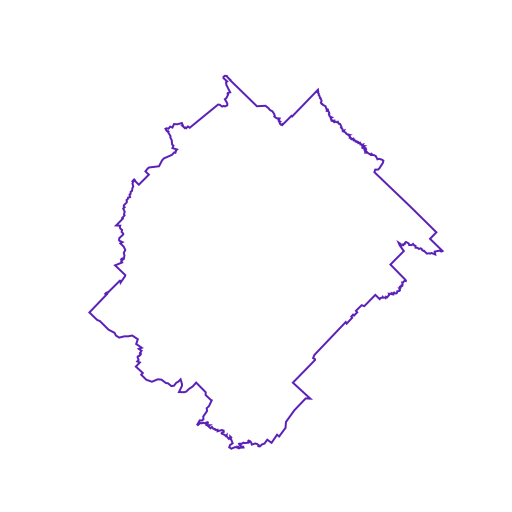 Moorabool, Victoria, Australia (Albers equal-area conic projection), rotated 306°
{"feature_id": "25037944B6902911043133", "entity_name": "Moorabool", "entity_type": "district", "adm_level": 2, "iso_a3": "AUS", "parent_name": "Australia", "parent_adm1": "Victoria", "projection": "albers", "projection_center": [144.318, -37.633], "detail": "fine", "context": "isolated", "style": "outline", "palette": "violet", "viewbox_px": 512, "rotation_deg": 306, "n_neighbors": 0, "source": "geoboundaries", "source_scale": "gbopen_adm2", "svg_char_len": 6084}
<svg xmlns="http://www.w3.org/2000/svg" viewBox="0 0 512 512"><g transform="rotate(306 256 256)"><path d="M85.1,308.4L86.8,308.8L87.1,307.6L87.6,307.7L88.8,310.5L90.0,311.1L90.3,312.5L93.1,314.5L92.9,315.1L91.5,315.5L91.3,314.9L90.2,314.9L90.0,315.3L91.8,317.9L90.3,317.3L89.9,320.4L91.8,320.7L91.1,323.1L91.9,324.4L91.4,325.4L92.8,327.0L91.6,327.9L95.1,330.6L95.7,332.4L94.8,333.3L93.1,332.3L92.4,332.3L92.2,333.1L92.9,335.9L92.6,337.3L93.9,337.5L92.9,338.1L92.1,341.5L94.0,341.8L94.8,341.2L94.6,342.7L92.9,342.8L92.7,344.3L90.7,347.2L87.8,346.1L85.5,346.8L85.6,349.3L89.2,351.5L90.0,353.6L90.8,353.0L91.2,353.9L90.3,354.6L90.3,355.2L91.7,356.0L93.7,358.4L94.2,357.6L93.4,356.8L93.3,354.3L94.1,352.7L94.8,353.3L95.2,354.6L97.5,355.4L97.7,356.4L100.6,359.7L101.2,359.9L101.7,358.5L102.3,358.5L102.7,360.0L102.3,361.6L101.0,363.5L103.9,365.6L104.6,367.7L104.5,369.4L103.6,369.6L103.7,370.2L104.3,371.1L107.1,371.6L109.2,373.1L114.0,373.1L114.0,378.4L123.8,378.1L123.6,380.8L134.3,380.9L139.4,377.8L153.7,377.7L170.0,379.9L172.5,383.8L175.2,360.3L206.7,364.9L207.2,364.3L207.0,362.2L210.3,361.4L255.3,367.4L254.6,369.1L262.5,370.1L263.0,368.7L265.6,369.0L265.4,370.3L269.9,371.0L270.4,369.1L278.3,370.4L279.1,373.1L294.7,375.4L293.8,381.4L295.1,381.4L296.7,382.7L297.3,382.6L297.0,383.4L298.3,384.8L298.2,385.5L299.4,385.2L299.4,386.3L302.6,386.6L303.3,385.9L303.4,386.6L304.3,386.6L305.1,388.6L305.5,388.2L305.5,388.8L306.4,388.8L306.3,389.3L307.0,388.9L307.7,389.3L307.4,390.3L308.3,391.6L309.2,391.7L310.4,391.0L312.0,392.5L312.8,392.6L313.2,391.8L314.3,391.8L314.3,390.8L314.8,391.1L315.7,390.5L316.1,390.9L315.7,391.2L317.3,391.7L318.1,391.4L317.6,390.9L318.4,390.9L318.5,390.5L318.5,391.7L319.2,391.5L319.5,391.9L319.3,391.2L320.5,389.8L321.0,390.4L323.3,390.8L323.7,391.9L324.3,391.7L324.6,390.5L328.1,369.8L346.9,372.7L349.1,366.0L350.6,363.5L350.7,365.8L349.7,366.2L350.2,367.6L351.3,368.8L352.0,368.2L353.2,369.3L354.2,368.8L355.5,369.1L355.9,372.2L354.9,373.5L356.2,375.4L358.1,376.0L357.5,377.6L358.0,379.0L356.5,380.2L357.5,381.8L357.5,383.7L359.0,384.7L359.1,385.9L358.5,386.6L358.5,388.4L359.0,388.7L358.4,392.8L359.9,394.4L360.3,395.5L361.6,396.2L362.6,400.1L364.6,398.0L368.5,401.6L368.3,402.4L368.7,403.5L369.7,404.0L372.2,386.7L381.2,388.0L386.8,351.0L393.4,302.5L396.0,301.7L397.6,303.9L399.2,304.3L405.9,303.9L408.0,303.0L408.0,301.5L407.0,298.5L405.6,297.4L407.3,294.0L406.8,291.8L405.6,290.1L406.5,289.7L406.5,289.1L405.3,288.9L405.1,285.7L404.4,284.5L405.3,284.8L405.4,284.3L404.3,283.2L406.0,281.4L406.6,282.6L407.0,282.5L407.6,281.4L406.3,280.8L407.7,279.8L406.4,279.5L406.0,278.5L407.4,277.6L408.5,278.4L408.0,277.2L409.0,277.0L407.9,276.2L408.2,275.4L407.7,274.9L408.7,273.7L407.9,273.2L408.2,272.3L407.6,272.1L408.1,271.4L407.4,270.3L407.9,270.0L407.3,269.2L407.7,268.6L407.0,267.2L407.8,266.9L407.5,266.3L408.1,265.7L406.7,264.9L406.6,264.1L407.2,263.8L407.3,262.8L406.8,262.3L407.9,261.7L408.1,259.7L408.9,260.3L407.9,257.6L408.5,256.2L408.3,253.7L409.3,253.5L408.1,252.7L409.4,251.5L409.9,249.3L410.6,249.4L412.2,246.5L411.7,245.6L412.5,243.8L412.0,243.9L411.6,241.8L410.5,240.9L411.4,240.0L410.4,239.7L410.8,238.5L410.0,238.3L409.8,237.7L411.4,235.4L412.7,236.0L412.3,233.6L413.5,231.6L414.1,231.8L414.9,231.0L415.7,229.4L415.3,228.5L416.1,228.7L416.8,228.0L416.6,227.2L415.8,227.3L418.0,224.3L417.6,221.1L418.0,220.3L417.6,219.7L418.2,218.3L419.9,218.0L421.1,216.4L421.2,215.3L421.8,215.2L422.2,213.8L423.1,212.9L423.1,212.1L424.1,211.5L424.5,209.9L425.3,210.0L426.9,208.4L390.1,203.2L390.2,202.3L377.6,200.3L378.0,199.6L376.9,199.2L377.1,197.7L377.9,196.5L378.7,196.6L378.4,195.9L379.0,195.1L380.2,195.2L379.5,194.9L380.1,194.6L379.8,194.1L381.0,194.1L379.6,191.7L379.5,189.4L379.7,188.7L380.5,188.7L381.5,187.4L382.7,184.2L382.3,181.4L382.9,179.4L383.1,175.4L377.7,168.7L383.1,131.5L383.4,131.6L383.9,127.8L384.5,126.7L383.5,124.9L382.0,124.4L380.8,125.1L380.3,130.1L379.0,129.6L377.0,131.5L373.2,138.9L371.3,137.4L370.5,137.6L370.1,138.6L366.4,139.2L364.5,138.7L362.7,142.9L361.0,144.2L358.8,143.0L358.4,141.6L357.0,140.8L357.0,137.7L356.2,136.3L320.8,127.0L320.8,124.8L318.3,124.4L318.4,123.2L317.6,123.1L318.1,119.6L318.7,120.0L320.0,117.9L316.3,114.9L314.5,112.1L310.8,112.9L310.2,110.5L307.6,110.4L306.7,108.5L305.7,108.0L304.8,109.9L304.7,111.4L305.3,111.5L305.2,112.0L304.6,111.9L302.7,116.4L301.7,116.8L300.1,119.8L296.9,122.6L296.7,124.4L294.2,125.0L295.7,129.5L294.7,129.3L294.0,128.4L294.3,129.4L292.2,130.1L291.8,129.0L288.3,128.5L280.8,124.1L278.1,123.8L271.6,124.8L264.7,117.4L263.4,117.0L259.5,116.8L258.8,121.5L244.8,119.3L245.6,114.0L246.1,113.7L246.3,112.4L243.9,112.1L243.8,113.1L242.1,113.4L240.0,115.9L238.6,116.0L235.7,117.4L234.3,116.9L232.5,118.0L231.4,117.6L229.6,119.5L228.0,118.2L226.7,118.8L225.1,118.4L224.1,119.6L223.2,119.9L219.3,119.3L217.8,120.4L218.0,121.0L216.3,120.7L214.6,123.8L212.1,124.7L211.6,125.8L208.1,125.4L208.0,126.3L198.5,124.9L200.7,128.3L199.8,128.5L198.4,130.1L198.4,132.3L196.5,133.1L196.1,135.4L195.4,135.9L190.1,134.9L188.3,135.9L188.1,136.8L188.7,139.8L186.5,138.8L185.8,143.5L184.0,146.7L180.8,147.2L179.3,149.1L176.0,150.8L175.2,150.5L175.4,149.2L174.1,148.9L173.9,150.3L172.6,150.0L172.1,151.5L165.6,147.5L163.7,161.5L162.9,161.9L155.0,162.1L156.2,161.0L156.1,160.4L139.0,157.6L139.1,157.0L138.2,156.5L136.9,156.3L137.3,157.8L112.4,154.4L110.9,165.1L111.6,168.0L109.7,180.1L110.7,186.6L109.3,189.5L109.6,193.3L113.6,196.7L115.9,199.8L118.9,202.6L119.2,209.3L114.4,210.8L114.6,217.5L112.0,215.8L112.1,219.1L109.7,219.1L109.6,219.9L108.5,219.7L108.4,220.6L106.6,220.4L105.4,219.4L104.6,219.6L102.9,222.1L100.9,221.9L101.6,224.6L95.9,223.8L94.8,233.2L92.5,232.9L91.4,240.0L93.1,245.7L98.5,249.0L100.4,252.2L100.3,257.8L101.3,259.7L101.0,264.0L102.9,265.9L106.5,266.0L108.7,267.0L111.9,267.5L108.8,271.5L107.4,272.4L100.7,273.7L103.6,278.0L105.4,279.3L109.0,279.9L113.3,281.5L118.4,282.0L116.2,295.4L113.9,297.0L113.0,304.0L113.2,305.0L106.9,306.2L103.8,305.6L101.9,307.5L95.1,307.7L92.9,309.5L91.0,308.8L90.0,307.1L85.2,307.6L85.1,308.4Z" fill="none" stroke="#5b21b6" stroke-width="2"/></g></svg>